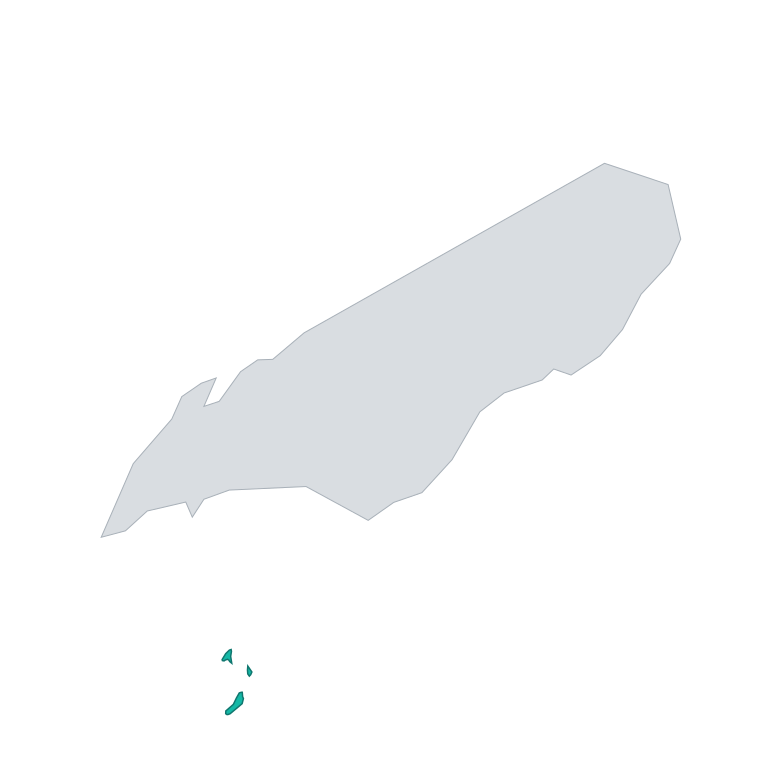 Comoros highlighted among its neighbors, rotated 226°
{"feature_id": "COM", "entity_name": "Comoros", "entity_type": "country or territory", "adm_level": 0, "iso_a3": "COM", "parent_name": "Africa", "parent_adm1": "", "projection": "equal_earth", "projection_center": [43.859, -11.868], "detail": "fine", "context": "with_neighbors", "style": "filled", "palette": "teal", "viewbox_px": 768, "rotation_deg": 226, "n_neighbors": 1, "source": "natural_earth", "source_scale": "50m", "svg_char_len": 1049}
<svg xmlns="http://www.w3.org/2000/svg" viewBox="0 0 768 768"><g transform="rotate(226 384 384)"><path d="M470.2,74.1L500.9,148.3L506.2,207.0L515.4,229.8L511.5,253.1L504.9,267.5L493.0,238.9L486.0,253.4L492.5,289.4L489.1,309.9L479.0,321.1L476.3,362.1L389.6,695.9L330.1,726.9L282.1,698.1L272.3,673.2L270.0,631.3L257.5,593.4L254.2,559.2L260.5,524.8L276.9,516.5L277.0,500.6L294.1,464.2L297.4,433.6L282.3,380.4L279.5,335.8L292.1,308.7L296.9,277.9L364.4,256.7L415.2,199.0L426.2,174.4L421.4,153.6L436.8,159.4L457.1,125.5L458.0,96.0L470.2,74.1Z" fill="#d9dde1" stroke="#a8b0b8" stroke-width="1"/><path d="M261.4,67.2L260.7,67.9L257.3,65.1L255.4,64.4L252.6,59.9L253.7,44.2L254.6,42.2L255.3,41.4L256.8,41.1L258.7,43.1L258.2,53.1L260.7,59.9L262.3,65.3L261.4,67.2ZM298.2,76.1L300.0,82.8L300.0,87.9L299.2,89.6L297.6,88.5L294.6,84.5L288.9,80.5L291.5,80.2L293.0,80.6L294.7,80.2L295.7,78.0L295.9,76.6L297.3,75.6L298.2,76.1ZM273.1,87.1L275.7,90.1L268.6,88.9L267.5,86.2L267.4,84.2L270.1,84.6L273.1,87.1Z" fill="#14b8a6" stroke="#0f766e" stroke-width="1.5"/></g></svg>